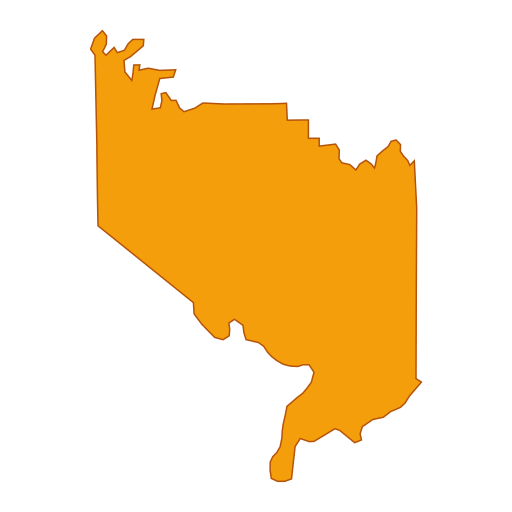 the district of Guarani das Missões, Rio Grande do Sul, Brazil
{"feature_id": "56859067B89079758510007", "entity_name": "Guarani das Missões", "entity_type": "district", "adm_level": 2, "iso_a3": "BRA", "parent_name": "Brazil", "parent_adm1": "Rio Grande do Sul", "projection": "robinson", "projection_center": [-54.593, -28.176], "detail": "fine", "context": "isolated", "style": "filled", "palette": "amber", "viewbox_px": 512, "rotation_deg": 0, "n_neighbors": 0, "source": "geoboundaries", "source_scale": "gbopen_adm2", "svg_char_len": 1785}
<svg xmlns="http://www.w3.org/2000/svg" viewBox="0 0 512 512"><path d="M291.5,478.9L295.1,446.5L300.3,438.5L309.1,441.6L314.0,441.4L335.0,428.7L339.7,430.4L354.7,442.7L361.5,439.9L360.1,433.9L362.3,426.7L372.8,419.5L383.4,417.2L390.4,411.7L400.5,407.3L405.1,403.0L409.4,396.1L421.4,382.1L416.0,378.6L416.3,286.2L416.7,208.2L414.3,160.8L409.9,165.4L407.7,160.5L403.3,155.8L400.3,151.2L400.5,144.6L396.1,140.0L391.1,141.3L388.1,146.6L382.7,150.8L377.0,155.9L375.9,162.6L374.5,168.1L371.2,164.0L366.0,160.2L359.8,164.0L355.9,170.0L349.8,164.6L341.8,162.8L339.0,158.7L339.3,150.1L335.6,144.1L319.2,146.1L319.2,138.3L308.4,138.3L308.4,120.0L300.8,120.0L287.3,120.2L286.5,103.3L279.2,103.6L271.3,103.8L224.2,104.0L202.9,103.0L194.9,108.1L184.0,111.7L179.7,108.1L176.0,100.3L171.3,100.5L165.8,92.6L161.2,93.7L161.9,100.7L160.3,107.8L152.0,109.1L155.1,95.2L159.8,78.5L173.3,77.1L175.7,69.8L159.8,70.4L148.2,68.2L139.0,70.2L139.8,64.9L133.8,65.0L133.0,73.1L131.8,80.5L124.9,71.9L124.0,60.4L130.8,56.4L138.7,49.7L143.3,45.7L143.8,39.4L132.8,39.4L128.2,43.7L124.4,50.3L117.3,52.6L114.1,47.4L106.0,55.2L102.6,51.7L106.3,44.3L106.6,36.0L102.4,30.7L94.5,38.2L90.6,49.1L95.0,55.2L96.9,147.3L96.9,153.9L97.5,199.9L98.0,225.8L193.4,302.6L194.1,313.9L201.8,324.2L208.8,331.4L214.7,337.4L223.1,339.7L229.2,335.8L229.7,329.4L228.9,323.0L234.4,319.3L243.0,325.3L243.9,332.6L246.1,339.7L253.2,341.3L258.6,342.6L263.8,346.4L267.7,352.4L271.6,356.5L276.7,360.5L283.1,364.2L290.4,366.1L297.8,366.5L302.8,364.8L309.1,364.8L314.0,372.3L311.3,382.3L307.3,387.8L302.7,393.3L297.1,397.6L287.0,406.3L285.1,416.0L283.2,424.1L282.3,430.4L281.9,438.1L280.1,446.8L276.8,452.6L272.8,456.6L270.2,462.0L270.1,470.4L271.3,478.4L277.4,481.3L284.8,481.3L291.5,478.9Z" fill="#f59e0b" stroke="#b45309" stroke-width="1.5"/></svg>